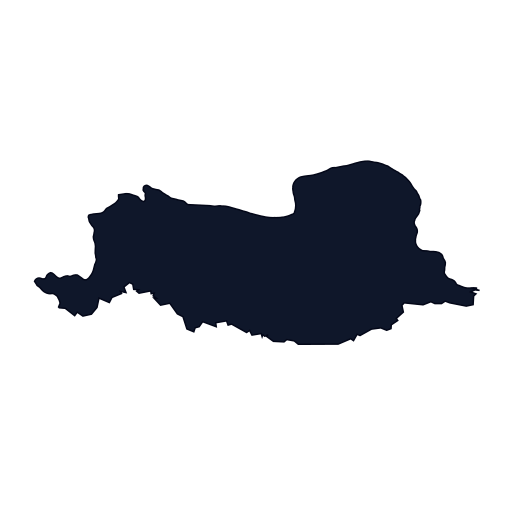 outline of IX-1 Rupununi West, Upper Takutu-Upper Essequibo, Guyana, rotated 268°
{"feature_id": "73187651B14852666038275", "entity_name": "IX-1 Rupununi West", "entity_type": "district", "adm_level": 2, "iso_a3": "GUY", "parent_name": "Guyana", "parent_adm1": "Upper Takutu-Upper Essequibo", "projection": "robinson", "projection_center": [-59.236, 3.169], "detail": "fine", "context": "isolated", "style": "filled", "palette": "ink", "viewbox_px": 512, "rotation_deg": 268, "n_neighbors": 0, "source": "geoboundaries", "source_scale": "gbopen_adm2", "svg_char_len": 6054}
<svg xmlns="http://www.w3.org/2000/svg" viewBox="0 0 512 512"><g transform="rotate(268 256 256)"><path d="M238.4,33.8L237.1,34.6L235.4,35.6L234.2,36.2L233.2,37.5L232.4,38.6L231.4,39.5L230.0,40.6L228.8,41.7L227.6,43.1L226.9,44.3L226.2,45.7L225.7,47.4L225.5,48.8L225.6,50.2L225.6,51.7L225.0,53.1L223.3,55.4L222.2,56.3L220.9,56.8L219.7,57.4L218.5,57.9L215.7,58.6L211.9,56.9L211.1,57.6L210.4,63.5L202.7,72.7L206.1,75.4L202.0,80.9L203.6,89.5L210.1,95.3L219.4,97.6L214.6,107.8L219.6,110.6L223.2,120.3L225.4,119.1L224.0,124.8L229.6,122.9L233.9,128.6L232.1,131.9L226.9,132.6L226.4,137.4L225.0,135.5L222.9,137.8L224.8,149.6L222.0,149.9L222.4,153.0L219.8,151.8L217.4,154.8L217.6,152.5L210.2,158.9L211.8,168.2L200.9,175.4L197.9,180.9L185.5,184.4L182.4,191.2L186.4,192.7L187.3,196.7L192.2,200.4L186.7,213.8L190.7,213.4L192.2,224.3L187.9,225.7L188.8,229.2L179.9,243.9L181.8,247.0L177.1,249.2L178.3,258.5L175.2,259.3L177.0,260.0L175.5,262.0L177.0,265.3L175.2,263.9L170.1,270.4L169.2,281.0L171.4,283.8L169.8,291.3L166.3,295.2L165.1,335.1L170.0,347.8L168.0,350.5L174.2,354.3L172.9,357.2L178.9,368.9L179.8,378.2L177.2,384.0L178.7,388.4L182.5,388.8L186.6,395.4L188.7,394.0L194.8,401.3L201.6,400.1L204.0,402.5L201.4,421.3L204.2,429.2L202.2,433.1L202.0,439.8L204.3,443.5L202.4,448.1L198.6,464.4L199.8,471.3L208.4,472.1L210.5,474.5L212.6,469.3L214.5,473.7L213.8,478.2L215.5,473.0L216.0,474.8L215.9,475.2L216.3,475.2L216.5,473.7L216.6,472.2L216.6,470.4L216.5,468.8L216.5,467.4L216.6,465.9L216.9,464.3L217.3,462.9L217.9,461.4L218.7,459.5L219.4,458.1L220.0,456.3L221.0,455.2L222.5,454.5L224.0,453.4L225.2,451.7L225.8,450.4L226.3,448.8L226.9,447.5L227.8,446.5L229.2,445.4L232.1,443.6L233.8,443.6L235.3,444.0L238.3,444.2L239.7,444.6L241.3,444.9L243.0,445.0L244.8,444.4L246.0,443.7L247.3,443.0L248.6,442.7L249.9,442.3L251.1,441.6L252.0,440.5L253.1,438.9L253.5,437.5L253.9,436.1L254.3,433.2L254.3,431.4L254.4,430.0L254.8,428.6L255.1,427.1L255.4,423.3L255.7,422.0L256.6,420.8L257.4,419.5L258.3,418.6L259.5,417.6L260.7,416.9L261.9,416.4L263.1,416.0L264.4,415.8L265.8,415.9L267.3,415.9L268.8,416.3L270.6,416.7L272.0,417.2L273.7,417.9L275.2,418.1L276.6,418.0L278.0,417.6L279.2,417.0L280.4,416.1L281.8,415.6L283.2,415.2L284.9,415.3L286.0,415.8L287.4,416.2L288.8,417.1L289.9,418.0L291.2,419.0L292.6,420.0L294.2,420.6L295.7,421.2L297.0,421.0L298.5,421.4L300.0,421.5L301.5,422.2L303.0,422.5L304.5,422.6L306.2,422.5L307.5,421.7L308.8,421.3L310.6,420.8L312.0,420.1L313.0,419.4L314.4,418.9L315.6,418.2L316.6,417.2L317.6,416.3L320.2,414.6L322.7,413.3L324.0,412.5L325.1,411.7L326.2,410.8L327.3,409.8L328.5,408.8L329.6,407.7L330.8,406.1L331.8,405.2L332.6,403.9L333.5,402.4L334.7,401.0L335.6,399.2L336.5,397.9L337.3,396.4L338.2,395.2L339.2,393.6L340.4,392.0L341.3,390.8L341.9,389.0L342.6,387.4L343.4,385.8L343.9,384.3L344.5,382.5L345.0,380.9L345.3,379.4L345.5,377.6L345.9,376.1L346.3,374.2L346.7,372.8L346.9,371.3L346.9,369.8L346.9,368.1L346.7,366.2L346.5,364.6L346.3,363.1L345.8,361.1L345.5,359.6L345.2,358.2L344.8,356.9L343.9,353.3L343.4,351.4L343.0,349.5L342.9,348.1L342.8,346.6L342.3,343.7L342.1,342.3L341.8,340.6L341.5,338.8L341.6,337.2L341.5,335.3L341.0,333.7L340.2,332.2L339.4,330.8L338.7,329.3L338.3,328.0L337.7,326.3L337.2,325.0L336.7,323.3L335.7,319.6L335.3,317.8L334.9,316.2L334.7,314.7L334.5,313.0L334.4,311.4L334.1,308.0L333.9,306.4L333.6,304.6L333.3,303.1L332.7,301.7L331.7,300.1L330.6,298.6L329.0,297.3L327.5,296.3L325.9,295.7L324.5,295.3L323.3,295.3L322.1,295.1L320.5,295.2L319.0,295.4L317.7,295.5L316.3,295.8L314.8,296.3L313.4,296.6L311.9,296.7L310.7,296.8L309.1,297.1L307.6,297.4L304.9,297.5L303.5,297.3L301.9,297.1L300.4,296.7L299.1,296.2L297.6,295.8L296.6,294.5L296.2,293.0L295.6,291.6L295.1,290.3L294.6,288.4L294.2,286.6L293.9,285.2L293.8,283.2L293.6,281.4L293.6,279.7L293.6,277.6L293.7,275.8L293.7,274.0L293.9,271.6L294.2,269.4L294.6,267.0L295.2,264.7L295.5,263.3L296.1,261.0L296.7,259.1L297.1,257.5L297.8,255.3L298.5,253.1L298.8,251.7L299.6,249.9L300.2,248.5L300.9,246.3L301.4,244.5L302.1,242.7L302.9,240.5L303.6,238.0L304.2,236.3L304.6,235.0L305.1,233.4L305.8,231.4L306.3,229.6L306.8,227.4L307.0,225.4L307.1,223.5L307.4,222.0L307.4,220.3L307.2,218.2L307.1,216.3L307.6,213.3L307.9,211.6L309.7,190.0L310.4,188.7L311.8,187.4L312.7,186.5L313.5,185.2L314.0,183.3L314.8,179.9L315.4,178.3L316.1,175.6L316.6,173.6L317.2,172.4L318.1,171.3L319.2,170.0L319.8,168.7L320.7,167.5L322.6,164.6L323.7,163.5L324.5,162.4L325.3,161.3L325.7,159.4L326.0,158.0L326.5,156.4L326.9,154.9L327.7,153.5L328.8,152.3L329.8,150.8L330.5,149.4L330.3,147.9L329.7,146.7L328.6,145.9L327.0,145.7L325.8,145.5L324.5,146.2L323.4,147.3L322.2,147.7L320.8,147.3L319.4,147.4L318.1,147.6L316.5,147.5L315.3,147.1L314.3,145.8L314.8,144.2L315.6,143.0L316.6,142.0L317.6,141.2L318.7,140.6L319.7,139.2L320.7,136.6L321.1,135.3L321.8,133.6L322.5,131.6L322.8,129.2L322.8,127.6L322.6,126.2L322.4,124.4L322.2,122.6L322.0,120.8L320.7,120.7L319.2,120.8L317.7,120.8L316.4,119.9L315.1,118.7L314.0,117.6L313.2,116.4L312.5,115.2L310.4,111.7L309.5,109.9L308.9,108.6L308.0,107.6L306.4,106.4L305.3,105.2L304.5,103.6L304.1,102.2L303.9,100.2L303.8,98.4L303.7,96.8L303.6,94.8L303.3,93.5L303.1,91.7L302.5,90.2L300.8,89.7L299.4,90.1L298.2,90.3L296.8,90.5L295.6,91.0L294.3,91.8L293.1,92.5L292.0,93.2L290.8,94.3L289.7,95.0L287.9,95.5L286.3,95.4L284.8,95.0L283.5,94.8L280.9,94.1L279.4,94.2L278.1,94.4L276.8,94.8L275.6,95.3L274.4,95.6L272.7,95.8L271.2,95.9L267.9,95.6L266.1,95.5L264.5,95.4L261.9,95.8L260.1,95.9L258.6,96.4L257.3,96.3L255.7,95.8L254.4,95.3L253.2,94.6L251.7,94.2L249.0,93.4L247.9,93.1L246.5,92.6L245.2,92.0L243.6,91.1L241.1,89.2L239.8,88.1L238.8,86.8L238.1,85.5L238.2,83.7L239.0,82.2L240.1,81.0L241.2,79.5L242.2,78.2L243.2,76.8L243.4,75.3L243.2,73.4L242.8,71.9L242.2,70.5L242.1,68.8L242.7,67.1L242.6,65.3L242.0,63.1L241.4,61.8L240.6,59.8L240.6,58.5L241.2,57.2L242.0,56.1L243.2,54.8L244.2,53.9L245.1,52.9L246.1,51.6L246.5,50.0L245.8,48.5L244.7,47.0L243.7,46.2L242.3,45.6L241.1,44.9L240.5,43.6L240.6,41.6L241.3,39.9L241.6,38.4L241.4,37.0L240.7,35.6L239.8,34.6L238.4,33.8Z" fill="#0f172a" stroke="#020617" stroke-width="1.5"/></g></svg>